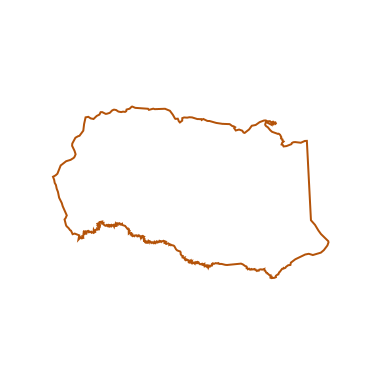 Na Mon, Kalasin, Thailand (Mercator projection), rotated 148°
{"feature_id": "78962969B62182146168517", "entity_name": "Na Mon", "entity_type": "district", "adm_level": 2, "iso_a3": "THA", "parent_name": "Thailand", "parent_adm1": "Kalasin", "projection": "mercator", "projection_center": [103.83, 16.584], "detail": "fine", "context": "isolated", "style": "outline", "palette": "amber", "viewbox_px": 384, "rotation_deg": 148, "n_neighbors": 0, "source": "geoboundaries", "source_scale": "gbopen_adm2", "svg_char_len": 6053}
<svg xmlns="http://www.w3.org/2000/svg" viewBox="0 0 384 384"><g transform="rotate(148 192 192)"><path d="M242.7,311.7L247.5,306.8L251.7,301.6L257.6,299.3L259.3,299.7L262.1,299.8L267.9,296.5L269.2,294.7L269.8,289.2L270.7,285.7L272.9,284.1L274.3,283.6L277.9,283.6L282.4,284.8L289.3,284.1L296.5,278.8L299.0,278.4L301.8,278.6L302.4,275.5L303.6,272.5L303.7,270.0L305.0,266.5L305.6,263.2L307.7,257.6L308.3,251.6L309.2,248.4L310.6,238.5L313.3,236.7L314.6,236.3L316.4,230.7L316.5,229.4L315.8,226.8L315.6,224.2L315.1,223.3L315.6,219.5L313.5,218.9L310.6,215.0L313.5,211.8L310.5,212.6L310.3,211.5L309.7,211.5L309.7,211.0L308.5,210.7L308.4,211.2L309.2,211.4L308.4,212.2L308.4,212.7L307.4,212.4L306.1,214.1L305.1,213.2L304.7,213.4L305.3,214.3L305.0,215.6L304.5,215.9L304.2,215.3L303.3,215.1L303.8,213.5L303.5,212.8L302.7,213.5L303.3,213.9L303.0,214.4L300.6,214.1L300.2,213.3L300.8,213.3L300.8,212.5L298.5,211.7L298.7,210.7L297.3,210.5L297.2,209.5L295.2,209.4L295.0,210.1L296.2,210.9L295.5,211.8L295.6,210.9L295.0,211.2L294.6,210.5L293.7,211.0L292.7,210.4L292.0,211.2L291.6,210.1L290.7,209.6L290.4,210.0L290.9,211.0L290.6,211.3L290.4,210.9L289.7,211.2L289.8,212.2L288.8,211.2L288.0,212.1L288.7,212.8L288.8,214.3L289.2,214.4L289.1,215.2L288.1,215.0L288.3,214.2L288.0,213.5L287.4,213.3L287.1,214.0L287.5,214.9L286.4,215.5L285.6,215.2L285.2,214.3L284.5,214.8L283.7,214.5L284.8,213.0L283.5,212.6L284.3,211.6L283.5,209.5L283.0,209.0L282.1,209.3L281.6,207.9L281.0,208.6L280.2,208.0L280.5,207.1L280.3,206.4L279.5,206.4L279.4,207.7L278.4,206.8L277.7,206.9L277.5,206.6L278.1,205.6L276.2,205.7L276.4,204.0L276.1,204.3L275.1,203.8L275.4,204.5L275.1,205.0L273.8,204.3L274.3,205.2L273.4,205.8L273.5,204.7L272.7,204.8L272.5,205.4L271.4,204.7L271.4,204.0L270.0,203.9L269.9,203.5L270.3,203.1L269.8,202.2L268.2,202.1L268.7,201.1L266.7,198.7L266.3,195.2L265.8,195.0L266.1,194.4L265.3,193.8L265.8,193.1L265.5,192.3L266.6,192.0L267.6,190.3L266.6,190.4L266.8,190.0L265.4,189.4L266.2,188.4L265.2,188.2L265.0,187.9L265.9,186.9L265.3,186.6L265.5,186.0L264.2,185.7L264.2,185.1L263.0,185.2L262.1,184.7L261.9,183.3L261.2,183.1L260.6,183.5L260.5,182.9L259.7,182.9L259.4,181.8L259.6,180.9L259.0,181.1L258.5,180.5L259.0,179.9L257.9,180.2L257.7,181.1L257.0,180.9L256.5,179.7L257.2,179.7L256.6,179.3L257.5,178.7L257.2,177.4L257.9,177.2L257.7,176.0L258.3,176.6L258.7,175.9L258.2,175.5L258.4,174.3L258.0,173.4L257.7,173.2L257.8,173.8L256.8,174.1L256.5,173.5L256.0,173.5L255.8,173.0L255.1,173.5L255.1,172.4L254.4,173.2L253.9,172.6L254.4,171.8L253.5,171.5L253.5,170.4L252.4,170.5L252.0,169.2L250.9,169.6L251.2,168.8L250.2,167.9L249.9,168.1L250.3,168.5L249.7,169.0L248.3,167.7L247.9,168.6L246.7,167.2L245.8,167.7L245.7,166.9L244.8,166.6L244.6,166.0L244.3,166.1L244.3,166.7L243.4,165.9L242.1,165.8L240.8,164.1L242.0,164.1L242.3,163.5L241.6,163.3L241.9,162.9L241.6,162.1L241.0,162.4L241.0,161.5L239.4,161.1L238.7,159.6L239.2,159.1L238.0,158.8L238.0,158.0L237.5,157.9L236.0,156.3L235.7,155.4L235.9,151.9L235.5,150.3L233.5,147.7L233.8,146.4L234.5,145.5L234.5,143.5L233.7,142.5L234.7,141.5L233.9,140.6L233.0,140.3L233.7,139.8L233.4,138.6L233.8,138.3L233.6,137.7L232.6,138.1L232.0,137.2L232.5,137.4L232.7,137.1L231.4,136.0L231.5,135.2L231.1,134.8L232.0,134.2L231.9,133.8L231.3,133.2L230.6,133.4L229.9,134.7L229.3,134.7L230.0,133.4L229.6,133.8L228.8,133.6L230.1,132.7L229.8,131.3L229.2,131.2L229.4,132.2L228.9,132.5L228.7,131.3L228.0,131.2L227.6,129.7L226.5,130.7L225.9,130.3L226.4,129.9L225.7,129.7L225.7,129.1L225.3,128.9L225.1,129.5L224.7,128.9L224.9,129.9L224.4,129.9L223.7,129.0L223.8,127.4L223.4,126.4L221.2,125.7L220.7,124.6L219.7,124.5L220.1,124.0L221.1,124.0L220.3,123.1L220.7,122.2L219.5,121.8L219.2,122.0L219.0,120.8L217.9,121.8L216.9,120.9L217.6,120.5L218.0,119.4L217.4,119.8L216.7,119.5L216.7,120.2L214.1,119.0L213.4,119.5L213.8,119.9L213.3,120.4L212.1,120.5L211.4,119.4L209.5,119.1L208.6,118.1L207.4,117.9L207.2,117.5L207.4,117.1L206.8,116.4L205.0,115.3L202.4,112.6L200.9,111.5L188.4,105.3L187.3,103.8L185.9,100.5L185.3,100.1L185.3,99.3L186.0,98.4L185.4,97.9L185.6,96.9L184.1,96.6L183.9,95.5L183.6,95.6L182.9,95.0L182.4,95.2L182.1,94.8L182.4,94.8L182.3,94.5L179.9,93.6L180.1,93.1L179.1,92.4L179.2,91.6L178.8,90.6L177.9,90.7L177.1,89.9L176.1,90.5L174.5,89.9L173.7,89.0L171.7,88.5L172.1,88.2L171.7,87.2L172.0,86.8L171.6,86.4L171.8,84.3L171.1,83.5L171.3,82.8L170.8,82.1L170.2,79.6L169.5,79.6L169.8,78.5L169.5,78.2L170.8,77.7L170.3,76.9L167.7,75.6L166.0,75.3L165.7,76.2L165.1,76.5L162.8,76.7L162.4,76.4L160.7,77.7L160.3,77.6L156.3,79.1L155.5,78.7L154.7,79.0L154.6,78.5L153.0,78.2L152.0,78.7L149.2,78.9L147.2,78.0L145.6,79.7L140.0,80.2L129.1,79.0L125.7,77.7L122.9,74.5L114.9,72.3L111.1,72.8L105.5,74.9L103.0,76.9L102.5,78.1L104.9,88.0L105.2,92.4L105.1,99.0L106.1,105.0L67.5,174.5L69.3,175.5L73.6,176.1L78.1,179.7L79.7,180.5L81.4,180.6L82.4,179.9L87.6,180.9L90.2,182.1L90.1,183.8L90.9,184.8L89.7,185.8L87.5,186.3L88.1,187.7L87.4,188.6L88.1,190.1L88.0,190.6L87.2,191.1L87.0,193.9L87.6,195.5L88.4,195.8L92.2,200.6L92.9,202.9L93.4,206.8L94.2,208.4L94.4,209.7L94.1,210.6L92.5,211.9L91.6,211.2L88.9,206.8L88.6,207.5L87.9,207.2L86.5,205.5L86.8,207.0L85.0,206.3L85.0,205.6L84.5,205.7L84.4,206.9L85.7,207.6L86.0,208.7L87.1,208.7L88.2,209.8L88.4,210.8L90.5,211.9L91.5,213.6L93.1,214.5L97.6,215.4L102.5,215.1L106.2,216.5L110.4,214.8L116.0,214.2L116.8,215.1L116.9,217.4L119.0,220.0L122.3,221.0L122.4,223.8L121.1,224.1L121.9,225.7L122.8,226.4L124.1,229.6L130.1,233.7L134.8,237.7L139.5,242.9L141.3,244.1L143.7,247.9L145.6,248.0L145.4,248.8L148.8,251.0L152.4,255.2L154.6,256.8L156.7,257.6L159.2,259.4L161.1,259.8L162.5,257.7L165.4,257.4L165.7,258.9L165.2,261.7L167.3,262.8L167.5,263.3L167.3,267.6L167.7,272.6L170.8,276.9L179.7,282.0L180.7,283.2L185.0,284.5L185.2,285.9L195.5,293.4L197.4,296.1L198.0,296.3L200.8,295.7L203.8,296.6L205.0,295.4L206.3,295.4L207.9,296.7L209.7,297.3L211.8,299.2L212.9,301.7L214.5,303.2L216.4,303.5L219.8,302.7L222.8,303.5L223.8,304.0L225.8,307.3L227.2,308.1L229.5,306.7L232.5,307.0L236.8,306.1L238.9,308.1L240.1,310.7L242.7,311.7Z" fill="none" stroke="#b45309" stroke-width="2"/></g></svg>